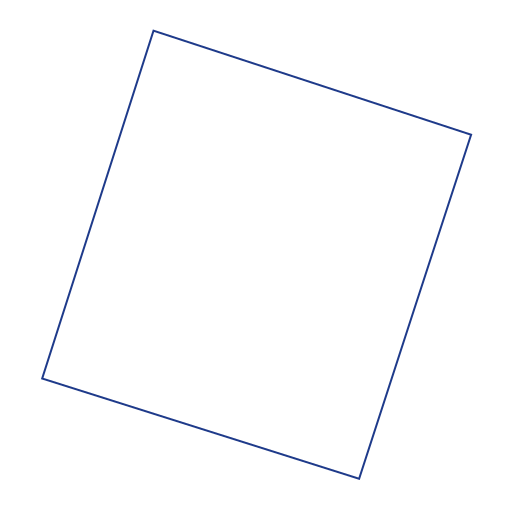 Isabella, Michigan, United States of America, rotated 288°
{"feature_id": "52423323B85066348790949", "entity_name": "Isabella", "entity_type": "district", "adm_level": 2, "iso_a3": "USA", "parent_name": "United States of America", "parent_adm1": "Michigan", "projection": "natural_earth1", "projection_center": [-84.887, 43.641], "detail": "fine", "context": "isolated", "style": "outline", "palette": "blue", "viewbox_px": 512, "rotation_deg": 288, "n_neighbors": 0, "source": "geoboundaries", "source_scale": "gbopen_adm2", "svg_char_len": 232}
<svg xmlns="http://www.w3.org/2000/svg" viewBox="0 0 512 512"><g transform="rotate(288 256 256)"><path d="M73.4,90.5L76.0,422.9L257.2,422.9L437.8,423.1L438.6,88.9L73.4,90.5Z" fill="none" stroke="#1e3a8a" stroke-width="2"/></g></svg>